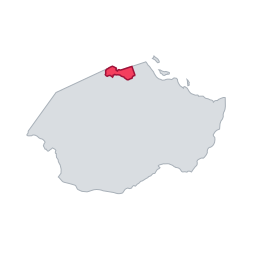 location of Kilimanjaro within United Republic of Tanzania, rotated 306°
{"feature_id": "TZA-3393", "entity_name": "Kilimanjaro", "entity_type": "Region", "adm_level": 1, "iso_a3": "TZA", "parent_name": "United Republic of Tanzania", "parent_adm1": "", "projection": "orthographic", "projection_center": [37.535, -3.747], "detail": "fine", "context": "in_parent", "style": "filled", "palette": "rose", "viewbox_px": 256, "rotation_deg": 306, "n_neighbors": 0, "source": "natural_earth", "source_scale": "10m", "svg_char_len": 4834}
<svg xmlns="http://www.w3.org/2000/svg" viewBox="0 0 256 256"><g transform="rotate(306 128 128)"><path d="M99.7,173.3L97.3,172.1L95.1,171.3L93.3,170.5L92.5,169.7L90.9,169.4L89.4,169.2L88.1,168.5L85.4,168.2L85.1,167.7L85.0,166.6L84.5,166.3L83.5,166.0L82.5,166.0L81.8,166.2L81.4,166.1L80.5,165.4L79.7,164.6L79.4,163.2L78.1,162.3L76.6,161.7L72.7,161.8L72.0,161.6L71.1,160.9L69.9,159.7L69.0,158.5L68.2,156.7L67.4,154.3L62.6,144.8L62.1,143.0L61.2,141.0L59.7,138.6L58.1,136.8L56.0,135.2L53.6,133.5L52.3,132.4L49.7,128.0L49.2,125.9L48.8,123.7L48.9,122.8L50.4,120.0L50.6,119.2L50.4,118.2L49.6,115.9L48.6,113.2L46.6,108.3L46.3,107.1L46.3,106.1L47.4,101.1L47.4,100.4L52.0,100.4L55.3,98.2L58.2,94.9L58.8,93.5L59.9,91.4L61.1,90.3L61.5,89.6L62.2,87.5L63.7,86.1L65.2,85.0L64.9,84.2L65.1,83.9L65.9,83.3L67.5,82.8L67.8,81.7L67.8,80.5L67.6,79.8L67.6,79.0L67.4,78.5L66.3,78.4L64.8,77.8L63.5,77.5L62.6,77.2L62.3,76.9L62.1,76.2L62.8,74.2L62.1,73.5L63.7,70.3L64.0,69.9L64.6,69.8L65.5,69.5L66.3,69.3L67.0,69.4L67.6,69.3L68.0,68.9L68.4,67.8L68.7,66.0L68.5,64.6L67.9,63.4L67.7,61.7L68.0,59.4L67.7,57.4L67.0,55.9L66.2,55.0L65.1,54.6L63.2,52.2L62.7,51.1L62.8,50.4L63.4,50.1L64.6,50.2L65.7,49.9L66.7,49.2L67.7,49.0L68.2,49.1L114.4,48.9L168.7,79.0L168.9,79.4L169.3,82.0L169.3,82.9L168.4,84.4L168.2,85.2L168.2,85.7L168.4,85.9L169.1,86.0L169.7,86.4L169.9,86.6L170.4,87.8L171.0,88.3L191.5,103.2L192.0,103.5L191.7,104.7L190.5,107.7L190.5,109.0L190.0,110.5L189.6,111.4L188.4,115.7L187.4,117.3L186.0,121.0L185.8,123.8L186.5,125.8L186.8,127.7L188.4,129.5L189.6,130.2L190.5,131.0L192.0,133.0L192.9,134.9L195.6,135.8L196.7,138.0L196.3,139.5L195.0,140.7L193.8,142.7L192.8,145.3L192.8,149.3L193.4,148.7L194.9,149.6L195.0,152.6L193.5,156.0L193.1,157.6L193.0,159.0L194.1,163.1L195.7,165.1L195.6,165.8L195.1,166.3L197.9,170.0L197.6,173.2L198.7,175.7L199.1,177.9L199.8,179.5L199.9,180.7L199.0,181.9L201.1,182.3L202.2,183.3L202.8,184.3L204.2,184.3L205.0,184.9L206.2,185.5L208.7,187.2L209.3,188.0L209.7,188.8L202.8,194.0L200.3,195.4L198.5,196.0L196.6,196.3L194.8,197.1L193.1,198.4L190.9,199.1L188.2,199.1L185.4,200.0L181.0,202.7L178.4,201.2L176.4,200.7L174.1,200.8L172.7,200.9L172.2,201.3L171.7,202.2L171.4,203.7L169.8,205.1L167.2,206.5L164.7,207.0L162.5,206.7L161.0,206.1L160.2,205.3L159.0,204.9L157.5,205.0L156.0,205.6L154.6,206.7L152.3,207.1L149.2,207.0L147.6,206.5L147.4,205.6L146.0,204.5L143.5,203.3L141.7,203.3L140.5,204.5L139.4,205.2L138.5,205.5L137.6,205.5L136.4,205.2L132.9,205.1L129.7,205.2L129.4,203.5L128.7,202.4L128.1,201.8L127.0,201.7L126.7,201.2L126.3,200.2L125.7,199.3L125.0,198.5L124.5,197.9L124.4,197.2L124.5,196.5L125.2,194.8L125.4,193.6L125.3,192.4L124.9,191.2L124.1,189.7L124.2,189.3L123.9,188.3L123.9,187.6L124.0,186.7L123.9,185.5L123.2,183.0L123.2,182.4L122.5,181.2L120.3,178.4L120.2,178.0L116.7,175.2L115.4,174.6L114.9,175.1L114.7,175.6L114.9,176.5L114.8,177.0L114.7,177.2L113.9,177.1L113.4,177.0L112.1,176.3L111.1,176.1L108.6,176.2L107.7,176.4L107.0,176.3L105.7,175.0L104.2,174.7L102.8,174.6L100.5,173.1L99.7,173.3ZM196.0,125.4L197.1,128.6L196.9,129.2L196.1,129.5L195.7,129.5L195.2,129.0L194.9,128.0L194.3,128.2L193.3,127.0L192.2,126.9L191.3,125.4L191.7,124.0L191.5,121.8L192.6,120.6L193.2,118.7L193.9,120.0L194.1,122.1L195.0,124.5L196.0,125.4ZM201.5,106.6L201.6,107.4L201.3,108.1L201.4,110.3L201.3,111.8L200.4,113.9L199.7,114.6L199.1,114.4L198.6,114.0L198.2,113.5L199.0,109.7L198.6,106.9L200.2,107.2L201.5,106.6ZM199.0,152.1L198.2,152.3L197.9,152.1L197.4,151.5L198.3,150.9L199.1,149.9L201.0,148.4L201.9,147.2L201.8,148.4L200.7,151.0L199.8,151.1L199.0,152.1Z" fill="#d9dde1" stroke="#a8b0b8" stroke-width="1"/><path d="M165.4,77.2L167.5,78.3L168.7,79.0L168.9,79.4L169.2,81.0L169.5,83.0L169.3,83.0L169.1,83.2L169.1,83.4L169.1,83.6L168.8,83.6L168.4,83.8L168.1,84.1L167.9,84.3L167.8,84.5L167.7,84.8L167.7,85.0L167.8,85.1L168.1,85.1L168.1,85.5L168.0,85.8L168.0,86.0L168.7,85.9L169.1,85.9L169.4,86.0L169.6,86.2L169.9,86.4L170.0,86.6L170.2,87.5L170.4,87.8L170.6,88.1L171.4,88.6L172.6,89.6L173.9,90.5L175.2,91.4L176.4,92.3L177.7,93.2L178.9,94.1L180.1,95.0L175.1,102.2L174.4,102.6L174.0,102.2L173.7,101.9L173.2,101.8L173.1,101.7L172.9,101.6L172.0,101.6L171.7,101.6L171.1,101.9L170.8,102.0L170.4,101.9L169.4,101.1L168.1,100.4L167.8,100.3L167.0,99.7L166.5,98.8L166.5,97.7L166.6,96.6L166.5,96.1L166.5,95.6L166.8,95.1L166.8,94.7L166.7,94.3L166.3,93.2L166.2,92.9L166.0,92.1L166.1,90.5L165.8,89.8L165.4,89.0L164.8,88.1L164.0,87.2L163.6,86.1L163.6,85.9L163.4,85.7L163.0,85.7L162.6,85.5L162.4,85.3L162.2,85.0L161.9,85.1L161.6,85.1L161.2,85.5L160.8,85.5L160.5,85.5L160.1,85.6L160.1,82.9L159.5,81.9L158.5,81.2L158.0,81.0L157.6,80.7L157.5,80.0L157.5,79.3L157.8,78.3L158.8,78.0L159.3,77.8L159.7,77.4L160.6,76.7L161.2,76.2L162.0,76.2L162.3,76.3L162.5,76.2L163.1,76.3L163.6,76.5L164.8,77.1L165.4,77.2L165.4,77.2Z" fill="#f43f5e" stroke="#9f1239" stroke-width="1.5"/></g></svg>